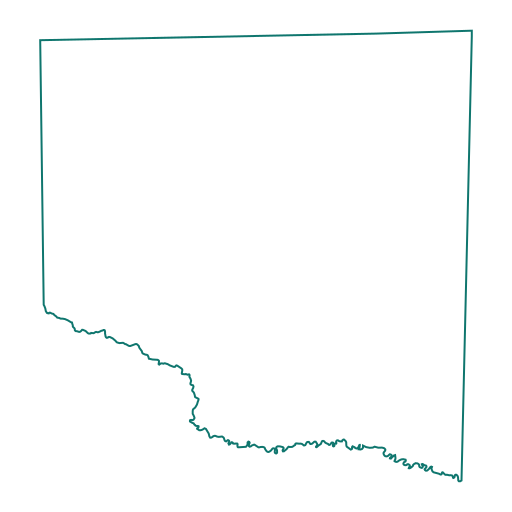 Curacó, La Pampa, Argentina (Equal Earth projection)
{"feature_id": "61730980B59721877076450", "entity_name": "Curacó", "entity_type": "district", "adm_level": 2, "iso_a3": "ARG", "parent_name": "Argentina", "parent_adm1": "La Pampa", "projection": "equal_earth", "projection_center": [-66.382, -38.255], "detail": "fine", "context": "isolated", "style": "outline", "palette": "teal", "viewbox_px": 512, "rotation_deg": 0, "n_neighbors": 0, "source": "geoboundaries", "source_scale": "gbopen_adm2", "svg_char_len": 6073}
<svg xmlns="http://www.w3.org/2000/svg" viewBox="0 0 512 512"><path d="M177.5,365.8L181.4,368.4L182.2,369.3L182.3,370.4L181.8,373.2L181.8,373.6L182.1,374.0L185.1,374.3L185.8,374.0L187.5,374.7L188.5,374.4L189.2,374.4L189.6,375.1L189.4,376.8L190.5,378.7L191.1,380.6L190.9,381.8L190.4,383.3L190.6,384.4L191.4,384.9L193.0,385.3L193.5,386.4L193.2,387.9L192.3,389.6L192.2,390.7L193.8,392.5L194.1,393.2L194.8,395.4L195.0,396.8L195.3,397.2L198.3,398.7L198.6,399.1L198.3,400.5L197.8,401.7L197.1,404.1L196.6,405.2L195.2,407.5L193.1,409.3L192.9,409.8L192.7,411.1L192.7,413.8L193.6,415.4L194.4,417.4L194.5,417.9L194.4,418.3L193.5,419.7L193.1,419.9L192.7,420.1L191.1,419.9L190.2,420.1L190.0,420.3L189.9,421.1L190.0,421.5L192.0,422.7L193.7,423.4L194.4,424.6L195.1,425.0L195.3,425.5L196.1,425.9L198.1,426.0L198.6,426.3L198.4,427.5L197.1,428.4L197.1,428.8L199.2,430.2L200.1,430.3L201.6,430.0L202.7,429.5L204.5,428.3L205.9,428.9L208.7,433.5L209.4,436.4L210.2,437.7L211.0,437.7L212.6,436.9L213.2,436.2L214.7,435.8L215.5,435.9L217.1,436.6L218.8,436.9L222.0,436.5L223.4,437.4L223.8,437.9L224.7,440.5L225.1,441.0L225.7,441.3L226.4,441.3L227.6,440.2L228.3,440.2L229.1,440.8L229.2,441.6L228.4,443.4L229.0,444.6L229.8,444.3L230.5,443.6L231.4,442.3L231.8,442.2L232.5,442.5L232.8,442.8L232.9,443.4L233.2,443.6L234.7,443.7L236.0,443.5L237.3,443.6L237.6,444.2L237.4,445.7L237.6,446.8L237.9,447.2L238.7,447.3L245.9,446.8L246.8,445.8L247.4,444.8L247.6,443.8L247.6,442.4L248.4,441.6L249.2,441.9L249.6,442.5L249.5,443.4L249.0,444.4L248.9,445.4L249.0,446.2L249.7,446.7L250.9,446.3L251.8,445.5L253.9,444.7L254.5,444.7L258.4,447.3L259.5,447.3L260.5,447.0L262.6,446.9L263.5,447.1L264.4,447.5L264.7,447.9L265.3,449.4L266.6,451.2L267.3,451.7L268.2,452.0L268.8,451.9L269.6,451.5L271.0,450.5L272.4,448.7L273.1,448.3L274.1,448.4L274.7,448.9L275.0,449.5L274.7,452.1L275.2,453.1L276.1,453.5L276.8,453.1L277.1,452.3L277.0,450.2L276.2,448.5L276.2,447.6L276.7,446.8L277.8,446.3L280.0,446.4L282.8,447.1L283.5,447.7L283.6,448.5L282.9,449.5L282.6,450.5L282.9,451.3L283.9,451.3L286.5,449.2L288.0,447.2L288.7,446.7L289.7,447.0L292.1,446.9L293.5,446.1L294.1,445.5L295.0,445.1L295.3,444.6L295.4,443.8L296.1,443.4L299.5,443.7L300.3,443.6L301.9,443.9L304.0,445.5L305.3,445.1L306.6,442.6L307.3,442.0L308.8,441.9L309.4,442.5L309.8,443.4L310.4,444.0L311.0,444.0L312.2,443.6L314.2,441.8L314.9,441.6L315.7,441.7L317.1,443.8L317.3,444.9L316.0,446.7L316.1,447.1L316.6,447.2L318.8,445.3L320.8,444.0L321.9,441.5L322.3,441.0L323.1,440.9L324.2,441.3L325.1,442.5L326.0,443.1L328.1,444.0L328.8,444.8L329.5,444.9L330.2,444.5L331.6,442.6L332.4,442.5L333.1,442.7L333.4,443.3L332.8,445.1L333.0,446.1L333.4,446.4L334.1,446.2L334.4,445.7L334.5,444.2L334.8,443.7L335.2,443.5L336.2,443.6L336.4,443.1L336.1,442.1L336.2,441.3L337.0,440.4L337.9,440.3L339.1,441.1L340.2,441.4L341.9,441.4L342.4,440.3L343.3,439.6L343.9,439.5L345.5,440.9L346.2,442.2L346.3,445.2L346.5,446.1L346.8,446.7L350.8,449.6L351.9,449.0L352.2,448.5L352.0,447.2L352.3,446.6L352.6,446.3L354.7,447.3L355.3,448.1L356.6,448.5L357.7,448.0L358.3,447.4L359.3,445.1L359.6,444.9L359.8,444.9L359.8,445.8L359.3,448.3L358.8,449.3L360.5,449.5L362.0,449.0L363.0,447.7L363.0,445.6L366.1,447.1L369.7,447.8L372.8,447.6L374.6,446.7L378.3,447.7L381.9,447.6L383.2,447.9L384.3,448.3L385.3,449.4L385.2,450.6L383.7,452.5L383.5,453.2L383.8,454.5L384.6,455.7L385.3,456.2L386.8,456.4L388.0,455.9L389.7,454.3L390.7,454.5L391.6,455.2L391.7,455.8L391.5,456.4L391.1,456.9L390.0,457.9L389.9,458.4L390.5,458.6L391.1,458.5L392.1,457.2L393.6,456.0L393.9,455.5L395.1,455.1L395.5,458.1L395.3,459.3L394.7,460.4L394.5,461.1L395.4,461.7L396.6,461.9L397.7,461.6L398.6,460.8L400.6,459.7L401.9,459.3L403.3,459.2L405.6,459.7L405.8,460.6L405.4,461.5L403.9,462.3L403.4,463.5L403.5,464.2L404.0,464.8L404.7,465.1L405.9,465.2L406.8,464.9L407.2,464.3L407.6,464.2L408.3,464.2L408.8,464.5L409.6,465.1L409.9,466.0L409.4,467.1L409.0,467.4L408.8,468.2L409.5,468.3L410.5,467.9L412.2,466.6L413.0,465.7L413.2,464.8L414.5,463.7L415.3,463.5L415.6,463.2L417.4,463.4L418.5,464.0L419.1,464.8L419.2,466.1L419.7,467.1L421.5,467.9L422.2,467.7L422.7,466.9L422.9,466.2L422.4,465.3L421.9,464.8L421.8,464.2L422.6,464.0L424.6,465.3L425.9,465.5L426.3,465.9L426.5,466.8L426.3,467.3L424.6,469.2L425.0,470.1L425.9,470.7L427.0,470.6L427.6,470.2L428.9,469.0L430.5,466.9L431.3,466.6L432.0,466.9L431.4,468.7L431.9,470.0L432.5,471.4L433.6,472.3L438.9,473.7L440.4,474.5L441.1,474.5L441.6,474.2L441.8,473.1L442.2,472.4L442.7,472.3L445.0,474.6L446.0,474.9L446.8,474.7L449.3,475.3L450.8,475.2L452.3,475.6L452.7,476.2L453.0,477.6L453.3,478.0L453.7,477.9L454.5,477.1L455.0,475.1L455.7,474.7L456.5,474.8L457.6,476.0L458.0,477.1L458.3,480.5L458.8,481.2L460.1,481.3L461.5,480.5L471.8,36.3L471.8,30.7L376.1,33.6L40.2,40.2L43.7,304.8L44.6,306.5L44.9,307.5L45.3,308.4L45.8,311.1L46.9,312.9L47.6,313.0L47.9,313.3L48.8,313.4L49.1,312.9L49.9,312.6L52.0,313.6L53.4,313.9L54.4,315.1L56.2,316.4L57.2,317.6L59.3,318.0L60.5,318.6L62.9,318.7L65.0,319.1L67.8,320.3L71.1,322.3L72.0,322.5L72.3,323.9L72.8,325.3L72.8,326.4L73.1,327.0L74.3,328.1L74.7,328.8L74.9,330.4L75.7,331.1L76.9,331.2L79.1,331.9L79.8,331.9L81.2,330.9L82.1,329.8L82.8,329.8L85.6,331.0L87.8,333.1L88.5,333.5L89.2,333.6L90.6,333.5L91.1,332.9L93.5,333.2L94.2,332.9L95.4,332.1L96.1,331.9L97.8,332.3L98.6,332.1L100.8,331.1L101.2,330.8L102.7,330.5L103.4,330.0L104.5,330.1L104.9,330.8L105.1,332.1L105.0,333.2L105.6,336.5L105.9,337.1L106.6,337.8L107.7,337.7L108.2,337.2L109.0,336.9L110.1,337.1L112.7,338.4L115.5,340.8L116.3,341.8L117.0,342.4L119.4,343.1L123.0,342.8L123.8,343.2L125.1,344.1L125.8,344.1L128.7,345.8L129.5,346.0L130.3,346.0L135.4,344.1L136.2,344.0L137.2,344.4L138.8,346.0L139.1,347.1L139.5,348.0L141.8,351.1L142.3,352.9L143.0,353.6L145.3,354.6L146.8,354.8L147.6,355.2L148.3,356.5L148.9,358.7L152.5,359.5L157.6,359.8L158.2,360.1L158.9,360.7L159.0,361.8L158.6,364.0L159.2,364.6L160.9,363.4L162.1,363.4L163.5,363.7L164.3,363.3L165.5,363.4L166.4,363.8L167.1,363.9L168.4,364.5L169.6,365.3L173.5,366.8L174.1,366.9L175.0,366.8L176.0,365.6L176.6,365.4L177.5,365.8Z" fill="none" stroke="#0f766e" stroke-width="2"/></svg>